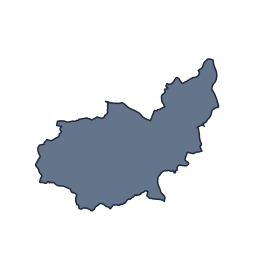 the district of Cao Phong, Hòa Bình, Vietnam, rotated 109°
{"feature_id": "81297802B52142956360096", "entity_name": "Cao Phong", "entity_type": "district", "adm_level": 2, "iso_a3": "VNM", "parent_name": "Vietnam", "parent_adm1": "Hòa Bình", "projection": "albers", "projection_center": [105.324, 20.689], "detail": "fine", "context": "isolated", "style": "filled", "palette": "slate", "viewbox_px": 256, "rotation_deg": 109, "n_neighbors": 0, "source": "geoboundaries", "source_scale": "gbopen_adm2", "svg_char_len": 5832}
<svg xmlns="http://www.w3.org/2000/svg" viewBox="0 0 256 256"><g transform="rotate(109 128 128)"><path d="M101.3,56.9L99.8,58.0L99.1,58.3L97.8,56.9L97.2,56.3L96.2,56.0L93.8,55.4L92.5,54.7L91.9,54.5L89.1,53.9L88.1,53.8L86.4,54.0L84.8,54.3L84.3,54.3L83.7,54.1L82.7,53.5L81.6,52.6L79.8,51.0L79.4,49.7L79.1,49.4L78.8,49.3L78.1,49.4L76.8,50.1L75.3,51.1L70.6,54.6L67.6,57.3L64.7,60.7L64.1,61.3L63.2,61.7L62.2,61.8L61.4,61.9L59.1,61.7L57.8,61.3L56.0,60.6L54.8,60.4L53.9,60.4L52.3,60.5L50.1,60.9L49.0,61.3L46.6,62.5L45.5,63.2L44.5,64.0L41.1,66.9L39.1,68.2L36.1,69.7L36.0,72.2L36.5,74.4L37.0,75.1L38.1,75.8L41.3,77.3L42.5,77.5L44.2,77.3L45.5,77.4L47.0,77.6L48.1,78.2L49.9,79.8L50.7,80.3L52.2,78.6L52.8,78.4L54.6,78.4L55.3,78.5L56.1,78.9L56.8,79.6L57.5,80.0L58.5,81.3L58.8,82.3L59.2,83.0L62.4,85.9L64.6,87.6L66.0,89.1L67.6,90.3L68.0,90.8L68.1,91.3L67.6,92.5L67.2,93.2L64.8,95.9L64.4,97.3L64.3,98.2L65.2,98.9L69.9,100.2L71.2,100.8L72.2,101.5L72.6,102.1L73.5,103.9L73.3,104.9L73.5,105.6L74.0,105.8L76.1,105.7L76.6,105.3L76.8,105.0L76.9,104.6L76.9,103.6L77.2,103.4L77.5,103.5L78.7,104.5L79.5,106.0L79.8,106.0L81.6,104.7L82.0,104.6L82.5,104.6L85.4,106.4L86.3,106.7L87.6,106.5L91.5,104.9L95.7,100.2L100.0,104.0L101.2,106.0L102.2,106.3L102.9,108.7L113.7,109.2L113.6,113.5L113.5,114.7L113.2,115.9L112.8,117.8L112.0,119.1L111.1,120.3L110.6,121.6L110.1,122.6L109.4,127.2L109.1,129.1L109.0,131.8L108.7,133.8L107.8,136.2L107.0,138.0L106.4,139.5L106.1,141.0L106.2,142.2L106.4,142.6L107.3,143.9L108.0,145.3L108.1,145.6L108.0,145.8L109.4,149.8L109.5,151.4L110.0,152.8L109.8,155.3L110.1,157.6L110.2,157.8L110.3,157.7L110.6,156.3L111.0,155.4L111.3,155.0L111.7,154.8L114.0,154.5L115.3,153.6L116.9,153.5L117.5,153.4L118.6,152.9L119.5,152.4L119.9,152.3L121.6,152.6L122.8,153.5L123.4,153.8L124.1,154.0L125.5,154.1L125.8,154.2L126.5,154.9L127.5,156.2L127.6,160.9L129.9,162.5L131.3,164.1L132.1,164.8L132.2,165.1L131.8,167.2L132.0,167.8L132.1,168.4L132.0,169.6L131.8,170.2L133.6,173.1L135.6,177.1L136.8,177.4L137.1,177.7L137.5,178.8L137.8,179.3L138.9,180.2L139.2,181.0L139.3,181.9L139.5,182.6L140.9,185.0L141.8,186.2L141.9,186.6L142.3,188.2L142.2,190.1L142.7,192.5L143.0,193.4L143.9,195.7L144.5,196.6L144.7,196.8L145.3,196.8L148.8,196.3L148.3,191.7L148.4,191.4L148.6,191.4L150.2,192.1L151.1,191.9L151.8,191.5L153.0,189.9L153.3,189.8L153.7,189.8L154.3,190.0L156.0,191.0L156.5,191.0L157.3,190.7L157.9,190.6L158.6,190.8L159.2,191.2L160.5,192.5L162.6,194.1L163.2,194.6L164.4,195.7L165.1,196.8L165.2,197.2L165.3,200.1L165.4,200.8L165.7,201.0L167.7,201.8L168.9,202.3L169.5,202.4L170.7,202.1L172.6,205.5L173.1,206.1L173.8,206.3L175.6,206.7L176.2,206.7L178.0,206.1L179.3,205.4L180.9,204.3L181.8,203.3L182.7,202.3L183.2,202.0L183.7,201.8L184.2,201.8L185.2,202.0L186.4,202.4L190.7,203.2L192.1,203.4L193.2,203.3L193.5,203.1L195.2,200.5L196.1,199.3L197.3,198.3L198.1,197.9L199.2,196.8L200.1,195.4L201.0,193.9L201.9,193.8L203.9,194.2L204.9,194.2L206.9,194.1L207.4,193.9L208.0,193.7L208.1,193.2L207.9,192.6L207.5,191.8L207.3,190.9L207.1,187.8L206.9,187.4L206.5,187.0L205.6,186.9L205.1,186.7L204.8,186.4L204.5,186.0L204.5,185.6L204.6,185.2L205.4,184.6L204.7,183.9L204.6,183.5L204.7,182.9L204.5,181.9L203.8,181.3L203.7,181.0L204.2,179.6L205.0,177.5L205.2,176.7L205.3,175.9L205.3,174.8L205.1,174.0L204.5,172.8L204.5,171.8L204.1,171.2L203.9,170.8L203.9,170.4L204.6,162.6L204.7,162.4L205.5,161.7L206.9,160.6L207.2,159.2L206.9,158.0L206.8,157.5L206.9,156.8L207.5,155.4L208.0,154.6L211.0,154.6L211.8,154.5L213.2,153.8L213.8,153.7L214.2,153.6L215.2,152.7L216.7,151.8L217.0,151.6L217.0,150.0L217.1,149.6L219.7,148.4L219.9,148.2L220.0,147.9L220.0,146.3L220.0,146.1L219.6,145.4L218.4,144.4L218.0,143.9L217.7,142.8L217.6,141.8L217.1,140.4L217.3,139.7L217.4,139.1L217.3,138.4L217.3,137.7L218.2,136.3L218.0,135.3L218.0,135.2L216.7,134.0L215.9,133.4L213.9,133.3L213.2,133.1L212.5,132.6L210.5,131.0L209.6,130.7L208.8,130.1L208.1,128.8L208.0,128.2L208.2,126.0L209.3,123.1L209.3,122.6L209.1,121.1L209.1,120.6L209.3,120.1L210.2,118.6L210.1,118.4L207.9,117.6L206.6,117.3L205.9,117.1L205.5,116.8L205.3,116.2L205.1,115.2L204.3,113.8L204.2,113.2L204.3,112.2L204.0,111.5L203.7,111.0L203.3,110.5L202.2,109.8L202.1,109.6L201.9,108.5L201.4,107.8L200.8,107.2L200.2,106.9L199.6,106.2L199.1,106.0L198.3,105.9L196.3,105.3L195.5,104.7L194.7,103.7L194.7,103.0L194.5,102.6L192.8,101.7L191.9,100.8L189.7,99.7L188.8,99.0L188.7,98.8L189.1,98.5L189.1,98.1L188.2,97.3L188.1,96.4L187.7,95.8L186.7,95.1L186.6,94.9L186.6,94.7L186.4,94.5L186.2,94.4L185.3,94.5L185.0,94.3L183.8,92.6L183.0,92.0L182.2,91.5L181.7,90.9L181.6,89.7L181.7,88.7L181.8,88.6L185.8,88.1L186.0,88.0L186.0,87.4L186.3,86.8L186.7,86.2L187.4,84.7L187.3,83.9L186.9,83.0L186.8,82.6L187.0,81.8L186.9,81.5L186.6,80.5L186.4,79.2L185.4,75.7L185.0,73.1L185.1,71.4L185.4,69.8L184.3,70.1L181.7,70.4L180.6,71.4L179.5,73.2L178.4,75.6L177.9,76.1L177.4,76.5L176.3,77.1L171.9,81.0L170.8,81.7L168.5,82.7L165.0,83.6L163.7,83.4L162.0,82.6L160.6,82.3L158.2,81.3L157.1,80.4L156.5,79.6L156.2,78.3L155.9,77.7L155.6,77.3L155.5,76.8L155.0,76.2L154.9,75.9L154.9,74.9L154.8,74.4L155.0,73.5L154.8,72.9L154.3,72.0L154.1,71.5L154.0,70.9L155.4,69.7L155.0,69.0L154.8,68.7L154.4,68.7L154.0,68.9L153.3,69.4L153.1,69.4L152.8,69.2L152.3,68.2L151.9,67.9L151.5,67.7L150.7,68.4L150.0,68.7L149.0,68.8L147.9,68.5L147.0,67.9L146.3,67.3L145.5,63.0L144.9,60.9L144.6,60.4L143.0,59.3L142.5,59.1L141.9,59.1L141.4,59.3L141.0,59.8L140.3,62.6L139.5,63.9L139.0,64.1L137.6,64.0L135.2,64.1L131.6,63.9L131.4,61.9L131.1,58.2L130.7,57.6L128.7,55.6L127.2,52.5L126.2,51.5L125.7,50.7L122.4,53.7L121.7,54.0L121.5,53.9L120.6,53.2L120.3,53.2L119.7,53.2L119.0,53.6L118.2,54.2L116.8,55.6L115.2,56.4L114.7,56.9L112.2,58.0L110.4,58.6L109.2,59.4L105.3,61.5L105.1,61.9L105.0,62.7L104.2,62.3L103.8,62.0L102.5,60.5L101.5,59.5L100.8,59.2L101.2,58.0L101.3,56.9Z" fill="#64748b" stroke="#1e293b" stroke-width="1.5"/></g></svg>